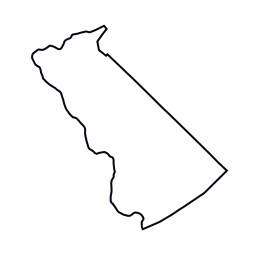 the district of Bucks, Pennsylvania, United States of America, rotated 186°
{"feature_id": "52423323B57053352254999", "entity_name": "Bucks", "entity_type": "district", "adm_level": 2, "iso_a3": "USA", "parent_name": "United States of America", "parent_adm1": "Pennsylvania", "projection": "albers", "projection_center": [-74.98, 40.329], "detail": "fine", "context": "isolated", "style": "outline", "palette": "ink", "viewbox_px": 256, "rotation_deg": 186, "n_neighbors": 0, "source": "geoboundaries", "source_scale": "gbopen_adm2", "svg_char_len": 2191}
<svg xmlns="http://www.w3.org/2000/svg" viewBox="0 0 256 256"><g transform="rotate(186 128 128)"><path d="M25.2,95.9L35.5,103.8L44.9,111.6L47.1,113.3L60.3,123.8L64.0,126.8L65.3,127.8L89.9,147.2L97.7,153.2L114.5,166.7L118.3,169.7L126.6,176.3L136.3,183.8L147.6,192.5L151.5,195.5L156.1,199.1L157.3,197.6L165.0,202.4L167.5,210.8L163.4,218.2L159.6,224.3L162.5,227.1L170.6,222.0L173.9,220.2L175.8,219.3L177.0,219.2L179.4,219.6L180.1,219.5L185.9,217.5L188.0,216.5L192.4,215.3L193.2,214.7L193.5,214.3L193.9,212.9L194.1,212.5L194.4,212.0L194.9,211.4L195.8,210.8L197.9,209.8L199.4,208.6L200.2,207.6L200.8,204.8L202.0,201.8L202.6,200.5L203.6,199.5L204.5,199.2L205.2,199.2L205.4,199.2L206.2,199.4L209.5,200.9L212.7,201.7L213.7,201.7L214.5,201.6L217.9,198.6L219.7,197.4L220.8,196.9L221.7,196.6L224.3,196.8L225.1,196.7L225.7,196.4L229.7,192.8L230.1,192.2L230.6,191.2L230.8,189.8L230.8,188.2L230.6,187.4L227.5,182.5L226.6,181.4L224.7,180.2L222.7,179.4L222.0,178.7L221.6,178.2L221.2,177.3L220.2,173.9L218.5,170.8L217.6,168.4L217.3,168.1L214.7,165.9L210.8,163.1L204.3,159.9L203.1,158.9L199.8,157.2L198.1,155.7L197.0,152.8L195.2,148.9L194.3,146.2L193.2,143.6L192.1,141.5L191.1,139.9L187.8,136.2L186.0,134.5L184.8,133.6L183.5,132.8L181.6,132.7L180.3,132.2L177.8,130.3L175.3,127.8L173.6,126.5L171.8,124.8L170.9,123.5L170.7,123.1L170.4,121.5L170.1,117.9L169.4,115.3L168.0,111.3L168.0,111.1L165.3,104.5L164.8,103.8L163.7,102.9L160.2,101.3L159.5,100.7L158.5,99.7L156.5,99.1L155.9,99.2L154.7,100.0L150.9,101.2L148.9,101.6L147.9,101.4L145.7,100.4L144.3,99.3L143.9,98.7L143.6,98.4L143.0,97.9L140.4,97.1L139.7,96.4L139.2,95.3L139.0,94.7L138.6,91.0L137.4,85.7L136.6,83.3L136.6,82.9L137.4,79.8L137.2,78.5L137.3,77.0L138.2,75.6L138.8,74.0L138.9,72.2L138.8,70.4L138.0,65.8L137.8,63.6L137.8,60.5L138.1,58.2L137.7,54.5L137.5,53.4L137.1,52.5L134.5,50.3L129.8,44.6L128.6,43.4L125.8,42.4L124.0,41.5L118.8,40.6L117.4,40.8L116.0,41.5L113.0,44.3L111.8,44.7L110.2,44.7L108.4,44.4L106.3,43.5L105.4,42.8L103.9,41.1L103.4,40.4L103.2,39.6L103.1,39.2L103.3,38.4L104.3,36.6L104.5,35.4L104.4,34.9L103.9,31.0L102.7,28.9L86.6,38.0L75.2,46.5L67.0,53.4L65.9,54.1L45.3,71.4L25.2,95.9Z" fill="none" stroke="#020617" stroke-width="2"/></g></svg>